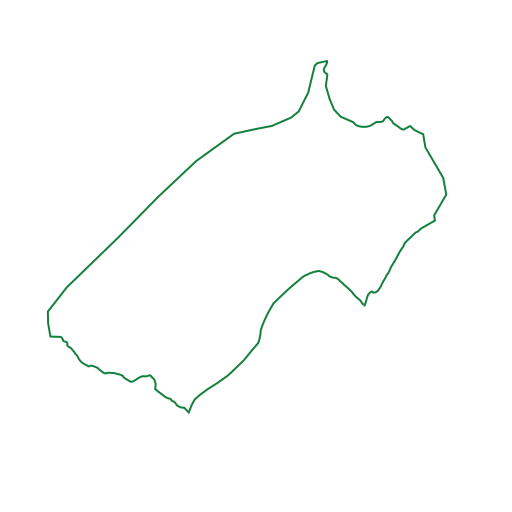 outline of Arhab, Sana'a, Yemen, rotated 227°
{"feature_id": "15242507B7161166402599", "entity_name": "Arhab", "entity_type": "district", "adm_level": 2, "iso_a3": "YEM", "parent_name": "Yemen", "parent_adm1": "Sana'a", "projection": "robinson", "projection_center": [44.216, 15.8], "detail": "fine", "context": "isolated", "style": "outline", "palette": "green", "viewbox_px": 512, "rotation_deg": 227, "n_neighbors": 0, "source": "geoboundaries", "source_scale": "gbopen_adm2", "svg_char_len": 5937}
<svg xmlns="http://www.w3.org/2000/svg" viewBox="0 0 512 512"><g transform="rotate(227 256 256)"><path d="M350.2,440.8L355.2,432.5L355.2,428.9L342.0,408.8L340.0,405.9L332.6,385.8L333.3,376.0L339.5,358.6L340.3,356.3L348.6,343.1L360.4,323.3L366.2,277.3L366.0,224.8L363.5,168.3L362.1,96.1L357.3,65.9L348.6,58.1L337.3,50.7L330.0,58.0L329.3,58.2L328.5,58.2L327.0,57.9L326.4,57.6L325.8,57.3L325.1,57.3L324.4,57.4L323.7,57.9L323.1,58.4L322.5,58.7L321.8,58.7L321.1,58.6L320.4,58.2L319.5,57.1L318.9,56.9L318.2,56.9L317.5,57.1L316.9,57.4L316.2,57.5L315.4,57.6L314.7,57.8L313.2,57.8L312.5,57.7L311.1,57.7L309.6,57.6L308.9,57.5L308.3,57.2L307.7,57.1L306.2,57.2L305.5,57.2L304.8,57.1L304.1,57.0L301.9,56.3L301.2,56.2L300.5,56.1L299.8,56.0L299.1,56.0L298.4,56.0L297.5,56.0L296.7,56.1L296.1,56.3L295.3,56.3L294.6,56.5L293.7,56.8L293.1,57.1L291.7,57.6L291.1,57.8L290.3,57.9L289.6,58.2L289.1,58.7L288.9,59.3L288.7,60.1L288.2,60.6L287.6,61.1L286.9,61.6L286.2,62.0L285.2,62.5L283.6,63.2L282.8,63.5L282.2,63.9L281.4,63.9L280.6,63.8L279.9,63.9L279.1,64.0L278.2,64.2L277.2,64.4L276.6,64.5L275.8,64.7L275.0,64.8L274.1,65.0L273.4,65.3L272.8,65.9L272.4,66.5L271.9,67.2L271.5,67.9L271.2,68.6L270.6,69.2L270.1,69.7L269.4,70.2L268.9,70.6L268.3,71.2L267.7,71.8L267.2,72.4L266.6,72.8L265.3,73.5L264.6,73.9L263.3,74.8L262.7,75.2L261.3,76.0L260.5,76.3L259.9,76.6L259.2,76.8L258.5,76.8L257.8,76.6L257.1,76.5L256.4,76.6L254.8,77.1L253.4,77.4L251.8,77.9L251.2,78.1L250.4,78.3L249.7,78.5L249.1,79.1L248.6,79.8L248.2,80.5L247.8,81.3L247.8,82.0L247.7,82.8L247.5,83.4L247.3,84.2L247.2,85.1L247.1,85.8L247.0,86.6L246.8,87.4L246.3,88.8L246.1,89.5L245.8,90.2L245.5,91.1L245.0,91.5L244.4,92.1L243.9,92.6L243.3,93.1L242.9,93.6L242.5,94.2L241.8,95.7L241.5,96.5L241.1,97.1L240.5,97.3L238.4,97.2L237.7,97.1L236.4,97.5L234.1,97.0L230.9,95.4L227.4,91.5L227.0,91.6L226.3,91.8L225.4,91.8L224.7,91.8L224.0,91.9L223.3,92.0L222.7,92.2L221.9,92.3L221.2,92.4L220.5,92.7L219.8,92.7L218.9,92.8L218.2,92.9L217.5,93.0L216.9,93.2L216.0,93.2L215.3,93.4L213.1,94.1L211.8,94.7L211.3,95.1L210.6,95.5L209.9,95.9L209.2,96.0L208.5,95.9L207.8,95.7L207.2,96.0L205.7,96.4L205.1,96.6L204.4,96.8L203.6,96.8L202.9,96.7L202.2,96.6L201.5,96.4L200.7,96.4L200.0,96.5L199.3,96.7L198.7,96.9L196.6,97.8L196.0,98.2L195.4,98.6L194.9,99.1L194.4,99.7L194.1,100.0L187.4,100.1L190.9,107.4L192.9,113.4L192.7,120.1L191.5,130.4L189.5,140.9L187.8,153.5L187.7,161.2L187.8,161.2L187.8,162.6L188.0,175.7L189.8,188.7L190.8,197.9L192.0,200.6L195.6,205.7L198.3,208.7L200.7,212.9L203.0,218.0L205.9,225.1L209.4,236.4L209.6,246.8L209.6,258.9L208.8,275.8L208.3,278.5L208.1,279.0L207.8,279.9L207.5,280.7L207.2,281.4L207.0,282.2L206.8,283.0L206.5,283.8L206.2,284.5L205.9,285.1L205.6,286.0L205.2,286.7L204.9,287.4L204.5,288.1L203.9,289.0L203.0,290.5L202.6,291.2L202.0,291.8L201.4,292.3L200.7,292.7L200.0,293.1L199.4,293.5L198.8,293.8L196.6,294.6L195.9,294.9L195.2,295.1L194.5,295.3L193.0,295.8L191.5,295.8L190.9,295.9L190.1,296.2L189.5,296.5L188.8,296.9L188.2,297.2L187.6,297.6L187.0,298.1L186.4,298.8L185.9,299.2L185.3,299.5L183.9,300.1L183.3,300.2L182.6,300.3L181.0,300.4L180.3,300.3L179.6,300.4L179.0,300.5L178.2,300.7L177.5,300.7L176.2,300.8L175.5,300.7L174.7,300.8L173.9,300.9L173.2,301.0L172.2,301.1L171.3,301.2L170.5,301.3L169.6,301.3L169.0,301.4L168.2,301.4L167.5,301.5L166.6,301.5L165.9,301.6L163.5,301.6L162.8,301.6L162.1,301.4L161.4,301.3L160.7,301.3L159.9,301.3L158.5,301.3L157.8,301.4L157.0,301.4L156.0,301.6L155.3,301.6L154.5,301.7L152.9,301.9L152.2,301.9L151.6,301.8L150.9,301.8L150.1,301.6L149.5,301.4L148.1,301.4L147.3,301.6L146.5,301.8L145.9,301.8L147.0,304.1L150.5,310.0L151.3,311.6L151.5,314.8L151.3,316.0L150.9,316.5L150.4,316.7L149.7,316.8L149.0,317.0L148.6,317.5L148.1,318.3L147.6,319.7L147.5,322.0L147.6,322.6L147.9,323.4L148.1,324.2L148.2,325.0L148.4,325.8L148.6,326.5L148.9,327.3L149.3,328.0L149.6,328.7L149.8,329.4L150.4,331.1L150.7,331.7L150.9,332.6L151.1,333.4L151.6,335.1L151.8,335.8L152.1,336.4L152.7,337.9L152.9,338.6L153.0,339.5L153.2,340.5L153.5,341.8L153.8,342.6L154.1,343.4L154.5,344.1L155.1,345.6L155.5,346.3L155.8,347.0L156.0,347.9L156.3,348.7L157.0,351.4L157.3,352.3L157.5,353.0L157.8,354.6L158.1,355.3L158.6,356.8L158.9,357.6L159.1,358.3L159.4,358.9L159.6,359.6L159.9,360.5L160.2,361.4L160.4,362.1L160.7,362.7L161.2,364.4L161.3,365.1L161.6,366.1L161.9,367.1L162.1,368.1L162.2,368.8L162.3,369.5L162.5,370.2L162.8,371.0L163.2,371.8L163.6,372.6L163.8,373.3L164.0,374.1L164.1,375.0L164.2,376.5L164.2,378.1L164.2,378.9L164.2,381.7L164.2,382.5L164.2,383.2L164.2,384.9L164.3,385.6L164.3,386.3L164.3,387.7L164.2,388.5L164.1,389.5L163.8,390.2L163.5,391.0L163.5,391.7L163.5,393.6L163.6,394.5L163.6,395.2L159.9,411.0L164.3,414.1L165.2,417.3L166.4,421.3L171.1,436.8L171.2,437.1L185.5,446.2L219.8,453.9L231.0,461.3L233.7,460.2L240.0,457.8L245.8,457.4L246.2,456.5L246.4,455.8L246.7,454.3L246.9,453.5L247.3,452.0L247.4,451.3L247.6,450.6L248.0,450.0L248.5,449.6L249.3,449.3L250.6,448.7L251.2,448.6L251.9,448.5L252.7,448.4L253.3,448.3L253.9,448.2L254.7,447.9L255.3,447.9L255.9,447.7L256.8,447.5L257.6,447.3L258.2,447.2L259.0,447.0L260.3,447.0L260.9,447.2L261.5,447.5L267.0,447.4L268.5,446.4L268.6,446.0L268.6,443.9L267.9,440.7L268.7,439.3L269.2,438.3L271.7,435.5L271.8,435.4L272.0,434.6L272.2,433.9L272.4,433.1L272.6,431.4L272.8,430.7L272.9,430.0L273.1,429.2L273.3,428.5L273.6,427.8L274.0,427.1L274.4,426.2L274.8,425.6L275.2,425.0L275.8,424.2L276.4,423.5L276.9,423.0L277.4,422.5L278.0,421.8L278.7,421.2L279.3,420.8L280.5,419.9L281.1,419.6L281.8,419.3L282.4,418.9L283.1,418.7L283.8,418.5L284.5,418.4L285.2,418.3L285.8,418.3L287.2,418.5L300.2,412.9L309.7,412.9L320.4,416.8L332.8,423.1L339.1,430.9L340.4,432.1L340.8,431.9L341.5,431.8L342.2,431.7L343.4,431.6L344.1,431.6L344.7,431.8L345.3,432.0L345.8,432.4L346.3,433.0L346.7,433.8L347.0,434.6L347.5,436.0L347.6,436.7L347.9,437.4L348.2,438.2L348.3,438.5L348.6,439.2L349.0,439.8L349.4,440.4L350.0,440.7L350.2,440.8Z" fill="none" stroke="#15803d" stroke-width="2"/></g></svg>